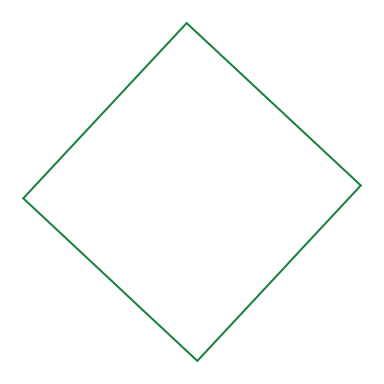 Belyuen, Northern Territory, Australia, rotated 43°
{"feature_id": "25037944B37494903355321", "entity_name": "Belyuen", "entity_type": "district", "adm_level": 2, "iso_a3": "AUS", "parent_name": "Australia", "parent_adm1": "Northern Territory", "projection": "albers", "projection_center": [130.693, -12.538], "detail": "fine", "context": "isolated", "style": "outline", "palette": "green", "viewbox_px": 384, "rotation_deg": 43, "n_neighbors": 0, "source": "geoboundaries", "source_scale": "gbopen_adm2", "svg_char_len": 361}
<svg xmlns="http://www.w3.org/2000/svg" viewBox="0 0 384 384"><g transform="rotate(43 192 192)"><path d="M234.6,311.9L294.8,311.9L311.1,311.9L311.1,290.7L311.1,183.3L311.0,176.5L311.0,173.5L311.0,164.3L311.0,130.9L311.0,72.1L193.9,72.1L72.9,72.1L72.9,95.2L72.9,193.9L72.9,311.7L193.9,311.8L234.6,311.9Z" fill="none" stroke="#15803d" stroke-width="2"/></g></svg>